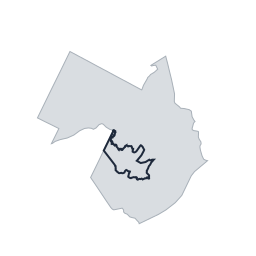 Quiché on a map of Guatemala (Mercator projection), rotated 296°
{"feature_id": "GTM-3467", "entity_name": "Quiché", "entity_type": "Department", "adm_level": 1, "iso_a3": "GTM", "parent_name": "Guatemala", "parent_adm1": "", "projection": "mercator", "projection_center": [-90.931, 15.443], "detail": "fine", "context": "in_parent", "style": "outline", "palette": "slate", "viewbox_px": 256, "rotation_deg": 296, "n_neighbors": 0, "source": "natural_earth", "source_scale": "10m", "svg_char_len": 4786}
<svg xmlns="http://www.w3.org/2000/svg" viewBox="0 0 256 256"><g transform="rotate(296 128 128)"><path d="M46.9,180.0L48.0,179.0L48.9,176.5L50.0,173.9L49.3,171.0L48.9,168.6L50.2,165.1L50.0,162.5L50.6,160.9L52.5,159.9L53.4,157.9L48.2,151.1L48.2,149.5L48.9,147.6L53.1,140.2L58.2,131.5L63.8,121.9L67.1,116.1L79.4,116.1L87.5,116.1L97.7,116.0L108.9,116.0L116.3,116.0L119.3,116.0L118.8,112.2L119.2,108.0L120.5,104.2L120.5,102.6L118.3,100.5L114.1,99.3L111.7,97.5L111.7,95.2L110.7,92.4L108.6,89.2L104.4,85.8L97.9,82.4L92.4,77.8L87.8,72.1L84.0,68.4L81.0,66.8L80.3,66.0L89.0,66.1L97.2,66.1L97.3,57.9L97.3,50.5L97.4,42.2L112.2,42.2L129.9,42.2L148.3,42.3L162.8,42.3L171.3,42.3L170.9,52.6L170.5,64.5L170.1,73.2L169.7,84.9L169.2,96.8L168.6,113.0L168.2,123.5L168.4,123.7L173.2,123.2L180.4,123.7L182.1,123.6L184.3,124.5L186.0,124.8L189.6,127.2L193.9,128.9L196.6,125.4L195.2,123.2L194.1,122.1L194.3,121.1L209.1,130.4L207.3,131.9L203.5,135.2L196.7,140.8L190.6,145.9L184.7,150.5L179.4,154.6L178.8,155.0L172.1,158.0L170.9,159.3L169.5,165.2L168.8,166.6L170.1,169.9L171.3,174.9L170.9,177.5L166.2,180.7L164.1,183.6L163.2,185.4L162.3,185.0L160.9,184.8L157.6,185.5L156.0,185.7L154.6,186.5L154.5,188.3L155.4,191.2L155.7,192.7L154.8,193.4L150.7,195.2L149.1,196.9L147.5,199.6L145.7,200.7L143.9,200.5L142.5,200.9L139.7,202.9L135.4,206.8L133.1,209.7L133.1,211.9L133.5,213.8L118.0,206.9L112.8,205.8L91.0,205.9L81.6,203.2L71.0,198.0L63.8,193.3L46.9,180.0Z" fill="#d9dde1" stroke="#a8b0b8" stroke-width="1"/><path d="M97.1,116.1L97.4,116.1L102.9,116.1L108.5,116.1L114.1,116.1L117.7,116.1L118.5,116.0L119.2,115.7L119.7,115.9L119.9,116.3L119.8,116.7L119.5,117.1L119.7,117.6L119.6,118.0L119.1,118.2L118.7,118.0L118.4,118.4L118.4,118.6L118.1,118.6L117.7,118.3L116.9,118.8L116.5,118.6L116.2,118.6L116.0,118.8L115.9,118.9L115.6,118.6L115.5,118.8L115.4,118.8L115.3,118.6L115.2,118.8L114.9,119.0L114.3,118.8L113.9,118.5L113.5,118.3L112.8,118.3L112.8,118.0L113.0,117.9L113.4,117.7L113.4,117.4L113.1,117.2L112.9,117.2L112.7,117.4L112.6,117.7L112.3,117.7L111.7,117.1L110.7,117.4L108.9,118.3L109.2,118.9L108.9,119.1L108.9,119.3L109.0,119.5L108.8,119.9L108.5,120.0L108.3,119.8L108.2,119.6L108.1,119.4L107.7,119.6L107.0,120.2L106.5,120.3L106.5,120.6L106.7,120.8L107.0,121.2L107.3,120.9L107.4,121.0L107.6,121.2L107.6,121.5L107.2,121.7L106.9,122.4L106.5,123.7L107.5,123.9L107.7,124.6L107.3,125.4L106.3,125.8L106.2,126.0L105.6,127.5L104.5,128.9L104.3,129.5L104.8,129.5L105.3,129.5L105.7,129.7L105.9,130.1L105.7,130.2L105.6,130.3L105.4,130.4L105.4,130.7L106.0,131.1L106.2,131.3L105.6,131.7L105.5,132.1L105.8,132.5L107.3,132.8L109.0,133.3L109.5,133.6L109.8,133.4L110.2,133.3L110.6,133.4L110.9,133.6L110.6,133.6L110.6,133.8L111.4,134.3L111.8,134.9L111.8,135.5L111.5,136.2L112.1,136.6L112.5,137.5L112.8,138.3L113.0,138.7L113.2,139.0L112.9,139.5L112.5,139.9L112.3,140.0L111.2,141.0L111.2,141.3L111.5,141.8L111.0,142.0L109.4,142.2L108.8,142.5L108.7,143.1L108.7,143.9L108.9,144.5L109.8,145.3L111.0,145.8L117.4,146.8L118.1,147.1L118.0,148.0L117.6,149.0L117.3,149.7L117.0,150.0L115.5,152.1L114.1,152.2L109.4,152.0L102.7,150.4L102.4,150.3L102.1,154.8L105.1,158.7L108.8,161.0L108.7,161.2L108.6,162.1L109.3,162.9L109.6,163.1L109.8,163.3L110.1,163.6L110.3,164.0L110.8,165.0L110.2,164.8L108.8,164.5L107.6,164.1L106.9,164.0L104.8,164.0L102.9,163.5L102.2,163.5L101.7,163.6L101.2,163.7L98.6,163.7L97.8,163.6L97.2,164.0L96.5,164.2L96.1,164.4L95.9,164.5L95.7,164.9L94.8,167.5L94.5,167.8L93.4,168.3L92.7,168.0L92.4,168.7L92.3,168.8L92.2,169.0L91.9,169.1L91.7,169.0L91.6,168.8L91.5,168.3L91.5,168.1L91.6,167.9L91.9,167.5L92.1,167.3L92.2,167.1L92.1,166.9L91.9,166.7L91.5,166.5L91.2,166.5L91.1,166.4L90.8,166.4L90.6,166.2L90.2,165.5L90.0,165.0L89.5,164.8L88.2,163.7L88.3,163.5L88.5,162.8L88.5,162.5L88.4,162.3L87.7,161.8L87.5,161.4L87.3,160.6L87.2,160.4L86.4,159.7L85.9,159.5L85.9,159.4L85.8,159.2L85.8,158.7L85.9,158.4L86.1,158.2L86.4,158.0L86.6,157.9L86.8,157.8L87.2,157.8L87.3,157.7L87.4,157.2L87.4,156.9L87.2,156.5L86.9,156.4L86.8,155.8L86.4,155.2L86.2,154.4L84.8,153.1L84.7,152.8L84.2,152.6L84.0,151.9L84.0,151.2L84.2,150.0L84.3,149.6L84.7,149.4L86.4,149.1L87.3,148.8L87.7,148.8L88.7,148.9L89.0,148.9L89.7,148.8L89.5,147.9L89.2,147.3L89.2,147.1L89.5,145.6L89.5,144.8L88.3,144.3L87.8,144.2L86.6,144.3L86.4,144.3L85.5,143.6L85.2,143.3L85.0,142.9L84.8,142.5L84.8,142.3L84.8,141.7L84.7,141.5L83.9,140.5L83.8,140.3L83.7,140.2L83.6,139.9L83.5,139.7L83.5,139.3L83.5,139.2L83.6,138.9L83.8,138.5L83.9,137.5L83.9,137.4L84.0,137.1L84.1,136.9L84.4,136.5L84.5,136.1L84.5,135.6L84.6,135.4L84.8,135.3L85.0,135.3L85.2,135.2L85.7,134.8L85.8,134.8L85.9,134.7L86.0,134.7L86.3,134.7L87.5,133.9L87.7,133.7L87.8,133.6L88.2,133.6L88.3,133.6L88.4,133.4L88.3,133.0L89.0,132.3L89.1,132.2L91.8,126.8L92.2,126.0L97.1,116.1Z" fill="none" stroke="#1e293b" stroke-width="2"/></g></svg>